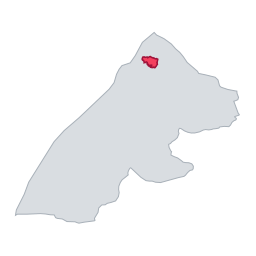 Senjeh, Bomi, Liberia shown in context, rotated 91°
{"feature_id": "62588387B88523823709040", "entity_name": "Senjeh", "entity_type": "district", "adm_level": 2, "iso_a3": "LBR", "parent_name": "Liberia", "parent_adm1": "Bomi", "projection": "robinson", "projection_center": [-10.869, 6.837], "detail": "fine", "context": "in_parent", "style": "filled", "palette": "rose", "viewbox_px": 256, "rotation_deg": 91, "n_neighbors": 0, "source": "geoboundaries", "source_scale": "gbopen_adm2", "svg_char_len": 3976}
<svg xmlns="http://www.w3.org/2000/svg" viewBox="0 0 256 256"><g transform="rotate(91 128 128)"><path d="M32.0,103.5L34.5,101.1L38.1,93.5L43.2,86.2L47.9,81.9L51.7,77.4L55.7,74.0L61.4,70.0L70.1,59.5L72.2,58.3L73.6,51.0L75.7,41.8L78.3,38.9L84.2,37.2L85.6,35.6L87.7,29.0L89.0,21.5L89.2,19.8L91.5,19.6L95.5,18.0L97.8,18.7L98.8,20.9L99.4,22.7L111.5,18.0L112.5,17.0L113.2,17.2L114.7,21.5L115.6,21.2L116.3,20.0L117.1,19.8L118.1,20.4L119.0,22.4L120.6,24.2L123.2,25.5L124.9,27.2L124.7,31.7L125.3,36.2L126.5,37.2L127.1,39.9L127.4,42.8L128.0,44.3L128.5,47.2L128.2,50.4L128.7,52.6L130.6,56.4L131.8,61.2L131.9,64.6L131.2,68.2L129.9,71.5L127.6,75.1L127.4,76.5L128.8,77.4L130.8,77.6L132.5,76.9L136.8,78.5L139.1,80.9L141.0,83.8L142.8,85.3L143.6,87.1L146.7,86.6L150.2,84.8L150.9,84.0L152.0,84.4L154.3,84.6L155.8,81.4L157.1,77.8L159.9,73.8L161.2,72.3L161.6,69.7L161.7,66.5L162.7,63.6L165.0,62.0L167.4,62.1L168.7,62.7L169.4,65.4L171.4,67.5L173.1,68.9L174.0,69.5L175.4,71.2L176.7,76.7L182.0,94.6L181.7,99.6L180.7,102.8L180.7,105.9L180.3,109.1L177.1,114.2L167.7,124.6L168.4,125.6L170.7,126.8L173.0,127.4L174.9,127.0L177.2,129.7L179.8,132.9L182.5,134.7L186.4,136.2L189.8,136.3L192.7,135.7L196.8,136.4L201.1,139.1L202.7,143.6L203.7,147.5L205.2,149.5L205.4,152.9L208.5,155.9L212.9,156.5L218.7,159.9L220.1,159.8L220.7,159.3L221.4,160.0L222.9,170.1L224.0,175.4L223.4,177.6L222.7,179.3L222.6,187.4L220.1,192.1L219.6,197.2L218.9,198.8L216.2,200.3L216.1,204.2L215.4,209.0L215.1,214.1L215.9,227.3L216.1,237.1L217.3,239.0L211.9,238.2L196.1,230.6L183.9,226.3L143.0,201.7L131.7,191.8L118.6,177.1L89.5,147.5L82.9,142.7L74.5,140.4L69.4,137.9L65.7,135.1L62.8,126.9L55.5,122.0L42.1,115.1L32.0,103.5Z" fill="#d9dde1" stroke="#a8b0b8" stroke-width="1"/><path d="M67.0,101.9L66.9,101.8L66.8,101.7L66.5,101.6L66.4,101.5L66.3,101.4L65.8,101.0L65.7,100.9L65.2,100.6L64.8,100.4L64.1,100.0L64.0,99.9L63.8,99.7L63.7,99.7L63.2,99.9L62.9,100.0L62.6,99.9L62.4,99.9L62.0,100.2L61.8,100.0L61.4,100.0L60.8,99.8L60.2,99.7L59.3,99.5L58.7,99.4L58.6,99.6L58.6,99.8L58.7,100.0L58.3,100.3L58.3,100.5L58.1,100.6L58.1,100.8L58.3,101.0L58.4,101.9L58.3,102.1L58.1,102.3L58.0,102.5L57.9,102.8L57.7,102.9L57.6,103.2L57.6,103.3L57.7,103.5L57.4,103.8L57.5,104.0L57.5,104.3L57.4,104.5L57.3,104.8L57.3,105.0L57.1,105.3L57.0,105.6L56.9,105.6L56.8,105.9L56.7,106.2L56.6,106.4L56.4,106.5L56.2,106.7L56.2,106.8L56.2,107.0L56.3,107.5L56.3,107.8L56.5,108.0L56.9,108.5L57.0,108.6L57.1,108.8L57.2,109.1L57.3,109.4L57.2,109.4L57.0,109.5L56.8,109.6L56.7,109.7L56.8,110.0L56.8,110.7L56.8,110.8L56.8,111.0L56.9,111.3L57.0,111.4L57.0,111.5L57.0,111.8L57.0,112.1L57.0,112.3L57.0,112.5L56.9,112.6L56.7,112.9L56.6,113.0L56.7,113.3L56.5,113.6L56.4,113.7L56.2,113.8L56.3,113.8L56.6,114.1L56.9,114.4L57.1,114.4L57.2,114.5L57.4,114.5L57.6,114.7L57.9,114.9L58.1,114.9L58.4,115.0L58.6,115.0L59.4,115.0L59.5,114.9L59.7,114.7L59.7,114.4L59.9,114.4L60.1,114.3L60.2,114.1L60.4,113.8L60.5,113.7L60.7,113.3L60.8,113.3L61.1,113.2L61.6,113.1L62.2,113.0L62.3,113.0L62.1,112.7L62.4,112.4L62.4,112.1L62.1,111.9L61.9,111.6L61.8,111.2L61.7,110.9L61.6,110.7L61.8,110.3L62.0,110.2L62.2,109.9L62.3,109.9L62.3,110.0L62.5,109.9L62.6,110.0L62.8,110.1L63.0,110.1L63.2,109.9L63.3,109.9L63.5,110.0L63.8,109.9L63.7,109.7L63.9,109.7L63.9,109.8L63.9,109.7L64.0,109.6L64.1,109.3L64.1,109.2L64.3,109.2L64.2,109.0L64.2,108.9L64.3,108.9L64.5,108.8L64.3,108.7L64.5,108.4L64.8,108.4L64.9,108.2L65.0,108.2L65.1,108.3L65.3,108.4L65.4,108.6L65.5,108.6L65.6,108.4L65.5,108.2L65.8,107.9L65.6,107.8L65.6,107.7L65.6,107.4L65.2,106.9L64.7,106.3L64.7,106.2L64.7,105.9L64.7,105.7L64.8,105.5L64.8,105.4L65.0,105.4L65.2,105.5L65.5,105.7L65.6,105.8L65.9,106.0L66.0,106.1L66.3,106.4L66.5,106.5L66.9,106.5L66.9,106.2L66.9,105.8L66.8,105.7L67.0,105.5L67.1,105.4L67.0,105.2L66.9,104.8L67.1,104.8L67.2,104.7L67.1,104.3L66.9,104.0L66.8,103.8L66.8,103.7L66.7,103.4L66.9,103.3L67.0,103.2L66.9,102.9L67.0,102.8L67.2,102.7L67.1,102.4L67.2,102.1L67.0,101.9Z" fill="#f43f5e" stroke="#9f1239" stroke-width="1.5"/></g></svg>